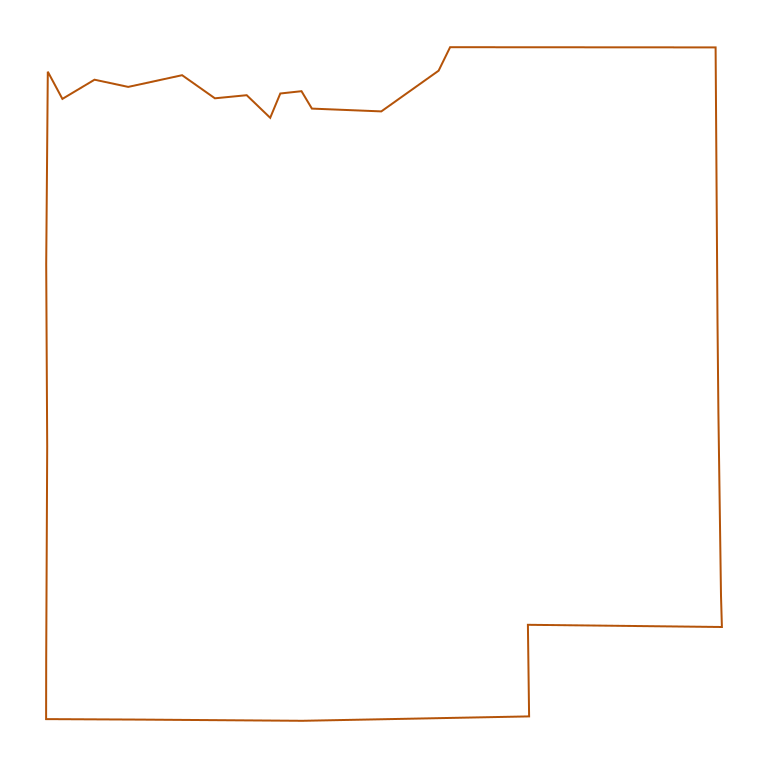 Dubois, Indiana, United States of America (Robinson projection)
{"feature_id": "52423323B15239481819744", "entity_name": "Dubois", "entity_type": "district", "adm_level": 2, "iso_a3": "USA", "parent_name": "United States of America", "parent_adm1": "Indiana", "projection": "robinson", "projection_center": [-86.913, 38.365], "detail": "fine", "context": "isolated", "style": "outline", "palette": "amber", "viewbox_px": 768, "rotation_deg": 0, "n_neighbors": 0, "source": "geoboundaries", "source_scale": "gbopen_adm2", "svg_char_len": 443}
<svg xmlns="http://www.w3.org/2000/svg" viewBox="0 0 768 768"><path d="M301.5,91.2L280.3,93.5L270.2,117.8L246.7,95.2L214.9,98.3L182.1,75.2L128.2,86.9L94.5,79.7L62.4,98.9L47.8,71.7L46.2,264.0L47.2,446.6L46.2,659.2L46.1,719.1L141.5,719.6L302.4,720.8L529.1,716.4L527.9,624.8L721.9,627.0L721.0,595.7L718.4,412.7L717.5,321.5L715.6,47.4L450.1,47.2L438.6,70.7L381.3,111.4L311.9,108.6L301.5,91.2Z" fill="none" stroke="#b45309" stroke-width="2"/></svg>